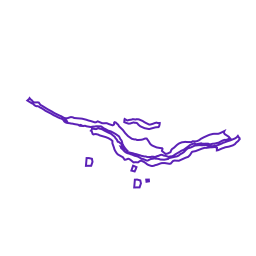 the district of Adfu, Aswan, Egypt, rotated 124°
{"feature_id": "37247803B96122561755956", "entity_name": "Adfu", "entity_type": "district", "adm_level": 2, "iso_a3": "EGY", "parent_name": "Egypt", "parent_adm1": "Aswan", "projection": "mercator", "projection_center": [32.835, 24.945], "detail": "fine", "context": "isolated", "style": "outline", "palette": "violet", "viewbox_px": 256, "rotation_deg": 124, "n_neighbors": 0, "source": "geoboundaries", "source_scale": "gbopen_adm2", "svg_char_len": 5838}
<svg xmlns="http://www.w3.org/2000/svg" viewBox="0 0 256 256"><g transform="rotate(124 128 128)"><path d="M161.5,226.8L161.3,221.7L161.0,220.1L161.4,218.5L161.4,217.2L161.1,216.0L160.5,215.3L160.2,214.3L160.1,211.7L159.9,211.1L159.8,207.2L159.9,206.2L159.1,199.9L159.0,196.8L158.5,193.9L158.4,192.6L157.9,189.8L157.4,188.4L157.4,186.8L157.5,186.2L157.7,185.3L158.0,185.0L158.2,184.5L158.3,183.0L157.9,181.5L157.5,181.5L156.9,181.9L156.4,183.1L156.2,184.2L156.7,184.8L156.9,185.3L156.2,184.7L156.1,183.8L156.4,182.7L156.9,181.7L157.6,181.2L157.1,179.8L156.6,179.0L156.2,177.8L155.4,176.4L154.7,174.5L153.3,171.5L153.2,171.2L153.2,169.4L152.7,168.5L152.6,169.3L152.4,169.5L152.1,169.3L152.0,169.1L151.8,168.5L151.8,167.4L151.2,166.0L150.2,164.9L149.7,163.1L148.0,159.4L146.3,157.7L145.7,156.7L144.4,155.4L143.5,154.1L142.7,152.7L142.1,151.9L141.7,151.0L141.8,147.6L141.5,146.0L141.3,143.1L140.4,140.3L140.1,137.6L139.9,134.3L140.0,130.8L140.5,129.8L141.6,127.9L141.8,127.0L142.2,126.1L143.2,124.8L144.3,123.8L144.6,122.9L145.2,122.1L146.2,119.7L146.8,117.8L146.9,117.1L147.3,116.7L147.2,115.8L148.0,115.7L148.2,115.0L148.1,114.4L147.6,113.5L147.3,112.5L146.2,109.8L145.8,108.2L145.1,106.6L144.3,103.9L143.9,102.8L143.6,101.4L142.9,99.8L142.6,98.8L141.6,97.2L141.4,96.1L141.0,95.3L139.2,92.8L138.5,92.3L138.1,91.7L137.6,90.9L137.4,90.2L137.0,89.6L136.3,88.9L134.8,88.0L134.5,87.5L133.7,86.9L133.3,86.8L131.7,85.6L131.3,84.9L130.7,82.5L130.1,81.4L129.2,78.1L127.9,77.1L127.3,76.1L125.9,75.0L123.5,74.1L118.4,71.6L117.1,71.1L114.8,69.6L108.3,67.3L107.7,67.2L105.6,65.9L104.7,65.2L103.5,64.0L103.5,63.0L103.5,62.6L99.8,58.8L99.6,58.5L99.6,57.8L96.2,52.8L95.9,51.3L95.6,50.7L93.7,49.0L93.2,48.4L92.9,47.7L92.2,47.3L91.8,46.8L90.4,45.6L89.9,45.0L89.2,44.5L86.0,42.9L83.9,41.4L83.5,40.8L83.4,40.2L82.8,39.9L82.5,39.5L80.5,38.3L80.3,38.0L79.5,37.5L79.1,39.3L78.9,39.5L79.0,44.4L78.1,46.2L76.7,46.4L80.8,48.8L82.2,49.8L83.2,51.2L85.2,54.1L87.9,56.5L89.2,57.4L93.4,60.0L96.6,61.7L97.8,62.0L99.3,62.8L100.5,63.6L101.7,65.0L102.8,66.9L104.3,67.6L106.8,71.5L107.4,72.7L108.5,73.9L109.7,75.3L111.3,76.4L112.0,76.9L113.4,77.5L114.9,78.0L118.5,78.8L120.8,79.7L122.0,79.8L124.3,79.3L126.9,80.8L128.2,82.0L128.4,82.9L128.3,84.3L128.1,86.6L128.0,87.1L126.0,87.7L125.7,88.4L126.7,90.3L128.1,93.4L128.8,97.0L129.0,98.3L128.9,100.0L128.6,101.1L127.5,103.4L126.3,106.6L127.1,107.9L129.3,109.4L130.4,110.5L132.3,112.9L132.9,113.8L133.2,115.3L133.9,116.3L134.8,118.8L134.7,123.5L133.8,127.5L132.5,131.2L131.6,136.4L130.8,137.9L130.3,141.3L130.7,142.4L131.5,142.4L132.7,141.6L133.5,141.7L134.4,142.3L135.4,145.8L135.9,148.3L136.7,149.5L137.7,150.8L138.5,152.2L139.4,156.8L140.9,157.6L141.8,158.5L143.1,162.9L143.8,164.7L144.5,167.3L146.0,171.4L149.8,178.2L150.0,179.6L150.5,180.8L151.1,181.7L154.0,183.9L154.8,185.2L155.4,186.7L155.6,190.1L155.9,191.2L156.8,197.3L156.9,200.4L157.4,205.2L157.6,210.9L157.8,213.6L156.8,216.2L157.3,217.3L158.9,219.5L159.4,220.7L159.1,222.5L158.8,223.3L158.8,224.4L158.3,226.3L159.0,226.2L161.5,226.8ZM151.0,157.2L150.9,156.4L152.7,154.0L152.7,153.1L152.2,152.7L151.0,151.3L150.1,148.9L150.0,147.5L148.0,141.4L147.4,138.6L147.2,135.6L147.5,133.6L149.4,132.4L152.1,128.7L153.3,127.3L154.3,125.5L155.3,123.1L155.6,121.4L155.1,115.8L156.2,113.1L155.9,112.6L154.9,111.7L153.4,110.7L153.1,109.9L153.0,108.6L153.4,104.1L153.2,103.8L152.5,103.2L150.9,100.5L148.9,99.7L147.7,98.9L147.2,95.8L147.2,93.4L147.4,92.3L147.3,91.4L147.3,90.6L146.4,87.4L145.7,86.3L144.5,85.2L143.6,84.7L142.4,83.5L139.4,81.4L138.3,80.5L136.4,77.7L134.5,73.6L133.6,72.7L131.3,72.4L130.4,72.3L129.1,71.4L126.7,67.5L120.4,63.6L118.3,62.0L115.8,61.5L112.2,61.6L111.6,61.3L109.3,59.0L103.8,55.2L101.6,53.4L100.6,51.9L98.1,49.1L96.9,47.4L95.2,45.4L94.6,43.2L96.9,41.8L96.0,40.9L92.2,38.5L90.8,37.4L89.6,36.6L87.1,34.0L83.8,31.4L82.4,30.7L81.5,30.3L80.0,30.2L78.5,29.8L77.3,29.4L74.7,29.2L74.5,29.5L74.0,29.9L74.0,30.5L73.7,31.2L73.1,32.5L75.0,32.7L76.9,33.5L81.1,36.3L83.2,38.0L86.4,40.3L86.9,40.9L87.6,41.1L89.4,42.2L93.2,44.8L95.4,47.3L96.2,48.4L97.3,50.3L97.8,51.4L98.6,54.1L100.9,56.9L102.4,59.4L105.2,62.8L108.3,64.6L109.6,65.5L111.1,66.8L111.8,67.2L113.7,67.7L116.7,68.2L117.5,68.5L118.9,69.1L120.5,70.0L122.6,70.6L124.2,71.6L125.8,73.2L129.5,76.7L130.4,77.4L131.2,77.4L134.0,80.2L136.0,83.5L136.4,85.0L137.1,86.6L138.0,88.0L138.4,89.1L139.2,89.8L141.1,91.9L143.9,93.4L144.4,94.0L144.6,94.7L145.2,97.7L146.0,100.5L146.0,101.8L146.2,103.8L146.6,105.2L147.3,107.0L147.8,109.7L148.3,111.3L148.5,112.6L148.9,113.5L149.2,114.6L149.4,115.7L149.4,117.2L149.1,119.0L148.7,120.2L148.5,122.4L148.3,122.7L147.9,122.9L147.5,123.8L147.4,123.6L147.5,123.2L147.7,122.7L148.1,122.5L148.2,122.1L148.2,121.4L148.5,120.7L148.7,119.6L148.6,118.7L146.2,122.7L145.2,124.1L144.9,124.9L144.7,128.2L145.1,128.6L145.1,128.9L144.0,130.6L143.6,131.9L143.4,132.8L142.8,133.9L142.4,137.8L142.3,138.9L142.8,141.7L143.4,146.4L143.5,148.4L143.8,149.7L144.4,151.1L144.7,152.2L145.5,153.2L146.3,153.4L146.6,153.7L147.0,154.2L147.9,156.0L148.5,157.6L149.0,157.3L149.9,157.1L151.0,157.2ZM122.8,135.7L125.2,134.4L125.0,133.3L124.1,130.0L123.1,128.7L122.5,128.3L120.2,126.4L119.9,125.3L119.2,124.2L118.9,123.0L119.5,121.1L119.7,118.7L118.9,114.2L117.1,109.9L112.0,105.5L110.2,103.2L109.1,103.2L107.6,103.7L106.4,104.3L106.1,104.5L107.2,106.0L107.6,107.4L109.1,108.7L110.7,109.8L112.5,111.3L113.3,112.3L113.9,116.6L114.0,118.1L114.0,119.8L114.8,123.9L115.9,125.8L116.7,126.4L118.0,129.0L118.9,129.6L120.8,131.7L122.0,132.6L122.2,133.3L122.4,135.8L122.8,135.7ZM167.0,93.4L173.8,89.6L170.8,85.2L166.7,86.3L164.6,88.5L165.6,91.5L167.0,93.4ZM182.9,141.7L179.9,137.4L175.9,138.5L173.7,140.7L174.8,143.6L176.1,145.5L182.9,141.7ZM156.4,102.7L161.4,101.4L160.3,98.2L157.7,98.6L155.7,99.1L156.4,102.7ZM162.2,82.6L160.5,80.8L159.1,81.9L160.6,84.0L162.2,82.6Z" fill="none" stroke="#5b21b6" stroke-width="2"/></g></svg>